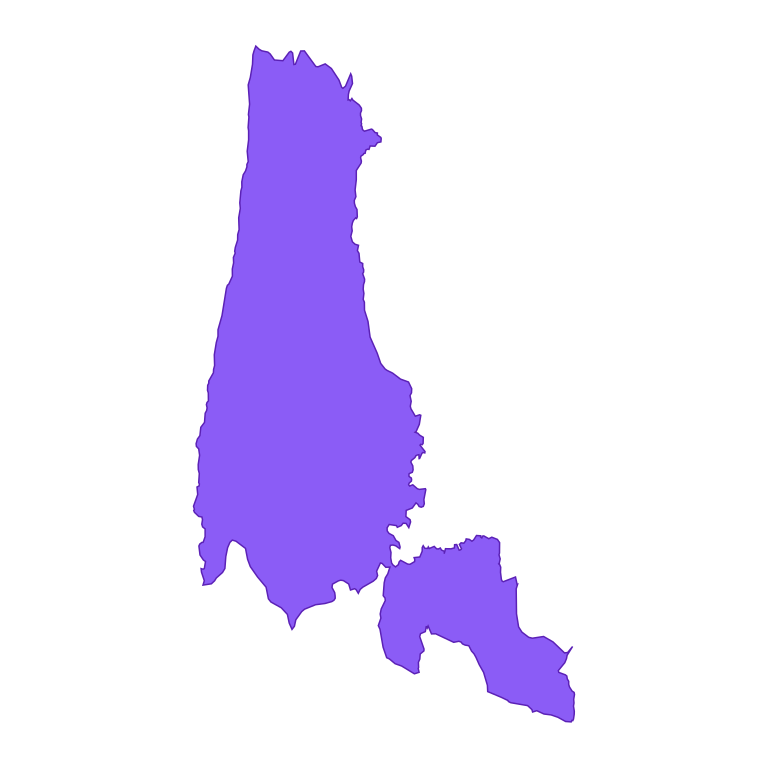 Kigoma, Kigoma, United Republic of Tanzania
{"feature_id": "72390352B30674118715659", "entity_name": "Kigoma", "entity_type": "district", "adm_level": 2, "iso_a3": "TZA", "parent_name": "United Republic of Tanzania", "parent_adm1": "Kigoma", "projection": "equal_earth", "projection_center": [29.769, -4.701], "detail": "fine", "context": "isolated", "style": "filled", "palette": "violet", "viewbox_px": 768, "rotation_deg": 0, "n_neighbors": 0, "source": "geoboundaries", "source_scale": "gbopen_adm2", "svg_char_len": 6072}
<svg xmlns="http://www.w3.org/2000/svg" viewBox="0 0 768 768"><path d="M350.7,73.8L345.5,86.2L342.9,88.3L341.7,87.4L339.0,80.1L331.4,68.5L325.2,63.9L318.0,66.8L315.8,66.5L304.4,50.9L300.7,51.0L295.4,64.2L293.9,64.5L292.6,53.0L290.9,51.3L289.2,52.2L282.9,60.7L274.4,60.0L270.2,54.0L267.9,52.1L261.8,50.8L259.2,49.3L255.8,46.1L254.0,51.0L252.9,54.9L252.5,64.3L250.3,77.5L248.2,84.9L249.6,104.2L248.4,114.6L248.9,117.0L248.1,127.5L248.6,130.8L248.6,139.9L247.2,151.2L248.2,161.6L246.9,164.4L246.9,166.9L245.5,171.0L243.2,174.8L241.8,181.8L241.9,187.2L240.9,190.8L239.8,202.9L240.3,208.4L238.7,217.8L239.1,229.6L237.7,234.6L237.6,240.1L235.3,247.4L234.7,251.3L235.2,253.1L233.4,257.4L233.6,262.9L232.3,269.0L232.4,276.2L228.8,284.1L227.4,285.3L226.4,288.3L222.0,315.6L218.0,329.8L218.0,336.3L216.3,342.5L214.3,354.8L214.6,365.6L213.6,369.3L213.4,372.8L208.8,380.9L208.7,383.4L207.7,385.2L207.5,390.3L208.3,392.9L208.4,400.9L207.0,402.5L206.4,404.6L207.1,407.8L206.6,410.6L205.2,413.2L204.5,422.4L200.8,427.3L199.9,435.6L197.4,439.1L196.1,443.7L196.4,446.4L198.7,448.9L199.6,455.3L198.2,464.6L198.3,469.6L199.3,473.5L198.7,482.7L199.4,483.9L199.1,485.9L197.0,487.0L197.7,494.5L193.5,506.2L194.4,509.3L193.7,510.5L194.5,512.4L198.7,516.4L201.9,517.0L202.5,519.7L201.8,524.2L202.6,526.9L205.1,528.9L205.1,536.7L203.6,541.1L203.0,542.4L201.9,542.4L199.8,544.0L198.9,546.0L200.0,555.0L203.4,560.0L205.5,561.5L204.3,568.6L203.0,569.2L201.1,568.6L201.5,572.2L204.3,580.7L203.0,585.1L211.4,583.8L214.6,580.8L216.3,578.0L222.5,572.5L224.9,568.5L225.8,556.6L227.6,547.7L229.9,542.4L232.3,540.1L236.0,541.2L245.5,548.4L247.6,559.3L250.3,566.6L257.5,576.9L266.1,587.2L268.4,598.8L270.9,602.0L281.3,607.8L287.4,614.4L289.2,623.0L292.0,629.4L294.4,626.3L295.8,619.8L301.7,611.6L304.5,609.2L315.6,604.7L325.0,603.5L331.8,601.6L333.9,600.3L335.2,598.3L335.1,595.6L334.7,592.6L332.0,587.5L332.5,584.1L338.5,580.8L340.7,580.2L343.4,580.6L348.7,584.0L350.5,590.0L354.6,588.7L356.1,589.6L358.3,593.3L360.2,589.4L362.9,587.1L373.2,581.2L376.3,578.5L377.6,575.5L376.6,571.2L380.4,563.0L382.1,563.4L385.8,567.3L389.9,567.1L387.8,573.8L385.3,577.9L384.2,582.7L383.2,595.7L385.0,598.0L385.3,600.5L381.2,609.0L380.2,614.0L380.9,618.1L378.3,625.6L380.0,629.3L383.1,647.2L386.7,657.7L389.3,658.9L395.1,663.7L401.6,666.0L414.4,673.8L419.1,672.3L418.2,668.5L418.6,667.4L418.4,662.3L419.8,659.1L420.2,654.0L423.9,650.9L424.0,649.0L419.7,636.6L420.5,633.7L425.3,631.6L426.2,626.7L426.9,626.7L427.3,627.9L428.1,626.0L431.5,633.9L435.7,633.8L453.7,642.3L458.8,641.3L461.0,642.0L462.5,643.9L465.1,645.1L468.8,645.7L471.5,651.0L474.0,653.8L476.0,657.4L479.2,664.6L483.6,672.4L487.4,685.3L487.7,691.6L501.5,697.4L507.9,700.5L508.4,701.5L510.7,702.7L527.6,705.6L531.9,709.6L532.6,712.0L536.8,710.7L543.9,714.0L551.1,714.9L558.0,717.3L565.6,721.5L571.2,721.9L571.9,720.4L572.8,720.6L573.5,719.1L574.2,714.3L574.3,711.3L573.5,706.1L574.0,703.0L573.7,699.3L574.5,694.5L574.1,692.4L572.1,691.1L569.5,687.0L568.7,684.4L568.7,681.3L567.3,679.0L566.8,676.0L565.3,674.8L558.8,672.4L558.3,670.6L564.8,662.7L566.5,658.6L567.1,655.3L572.6,646.5L567.7,652.5L564.5,652.9L553.0,641.9L543.6,636.5L532.4,638.2L528.7,637.3L521.9,632.1L518.6,626.9L516.5,613.8L516.2,588.8L517.6,584.3L517.1,584.5L515.5,577.0L503.3,581.7L502.2,581.2L501.4,579.5L500.5,572.3L500.7,567.2L499.2,563.5L498.1,564.3L499.2,563.5L500.2,558.9L499.0,554.8L499.5,553.0L499.6,542.6L497.4,539.4L491.8,537.2L488.8,538.7L483.8,535.9L482.6,536.1L481.8,537.9L480.6,537.0L480.7,535.8L476.5,535.5L473.6,540.0L471.9,541.2L469.4,539.4L466.2,538.9L465.7,540.8L463.8,543.2L461.1,542.8L459.4,544.4L461.5,548.8L460.6,549.8L459.2,550.2L456.7,544.5L454.6,544.7L454.4,547.9L451.0,548.8L445.5,548.7L444.2,553.7L444.4,551.3L441.5,550.1L440.3,548.0L438.3,549.0L436.6,548.8L434.2,546.4L429.3,548.5L428.3,546.9L427.7,548.4L424.8,548.3L423.2,545.7L422.2,547.6L422.2,551.2L419.8,557.0L414.1,557.6L414.8,559.7L414.6,561.6L410.0,564.3L407.7,564.1L400.6,560.3L399.2,561.8L398.3,564.7L395.5,566.9L393.0,565.0L391.6,563.0L390.7,557.8L391.0,552.5L389.8,547.7L390.4,545.3L393.0,545.0L395.7,545.8L399.7,548.6L400.1,547.1L398.9,542.4L396.0,540.5L393.3,535.7L389.0,533.4L387.2,530.9L387.1,527.8L389.2,524.5L396.5,525.6L397.3,527.3L401.2,525.6L403.1,523.2L406.1,523.4L408.8,527.6L410.6,521.9L410.1,519.7L405.9,516.6L406.2,510.4L412.3,508.0L416.0,502.9L417.8,504.3L419.1,506.5L421.2,507.2L423.3,506.4L424.3,503.8L423.9,499.5L425.8,489.6L425.4,488.7L419.3,489.4L417.3,488.7L412.8,484.8L409.6,486.0L408.6,484.7L409.1,483.2L411.4,481.1L411.6,479.5L411.3,478.0L409.1,476.5L408.9,474.8L409.2,473.6L412.3,472.3L413.1,469.9L412.8,465.9L410.8,462.0L411.5,460.4L414.9,457.6L416.0,455.6L417.7,454.9L418.9,454.7L419.1,458.6L419.6,458.5L421.9,453.4L422.9,452.5L424.8,452.9L425.0,451.5L420.0,445.2L420.7,444.3L422.2,444.7L423.1,443.4L423.3,437.4L419.6,435.1L417.8,433.2L415.1,432.2L416.2,431.4L419.3,424.4L420.8,415.3L419.6,414.8L415.3,416.2L410.9,408.7L410.3,406.2L411.2,401.3L410.0,395.6L411.5,392.8L411.7,388.7L408.5,382.0L400.5,379.1L392.6,373.1L386.9,370.3L385.0,368.9L380.7,363.4L377.2,353.2L370.1,337.1L368.0,321.4L364.5,310.2L364.4,302.2L363.2,299.4L363.9,293.5L363.2,289.1L363.5,284.7L364.5,281.5L364.6,279.1L362.7,273.7L363.6,272.1L363.7,269.8L362.7,266.8L362.7,263.5L359.8,262.0L359.0,253.3L357.4,250.7L358.5,245.3L355.0,244.2L352.4,241.8L350.8,236.4L352.2,230.9L351.7,226.7L352.4,223.0L353.4,220.4L355.7,217.8L356.6,218.5L357.3,216.8L357.0,209.5L355.4,206.7L354.4,203.2L354.3,200.4L355.9,196.7L355.1,190.0L356.3,179.7L356.3,170.5L361.1,163.1L361.4,161.1L360.6,157.8L360.9,156.2L363.2,154.6L363.8,153.5L365.1,153.3L365.8,150.1L367.4,149.2L369.0,149.4L370.1,146.0L375.0,146.2L377.4,142.7L380.9,141.9L381.2,138.7L380.9,137.5L377.3,134.9L377.4,133.0L375.1,132.6L372.4,129.5L371.4,129.1L364.4,131.2L362.5,129.6L361.9,126.2L361.1,125.8L361.6,123.7L361.1,122.4L361.6,119.0L360.5,115.5L360.5,113.0L361.5,110.6L361.4,108.2L359.3,105.1L352.8,100.0L351.9,98.5L350.3,100.8L349.0,99.6L348.1,99.9L348.4,94.4L349.2,90.9L352.5,83.5L351.7,76.2L350.7,73.8Z" fill="#8b5cf6" stroke="#5b21b6" stroke-width="1.5"/></svg>